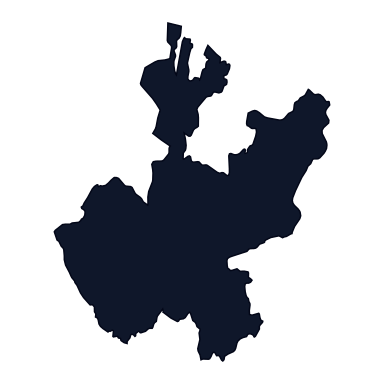 the State of Jalisco
{"feature_id": "MEX-2719", "entity_name": "Jalisco", "entity_type": "State", "adm_level": 1, "iso_a3": "MEX", "parent_name": "Mexico", "parent_adm1": "", "projection": "equal_earth", "projection_center": [-103.449, 20.863], "detail": "fine", "context": "isolated", "style": "filled", "palette": "ink", "viewbox_px": 384, "rotation_deg": 0, "n_neighbors": 0, "source": "natural_earth", "source_scale": "10m", "svg_char_len": 5962}
<svg xmlns="http://www.w3.org/2000/svg" viewBox="0 0 384 384"><path d="M127.1,343.5L124.2,342.7L121.8,341.1L121.0,340.5L120.5,338.4L118.5,338.0L118.0,337.4L117.8,336.5L117.1,336.2L113.4,336.9L112.9,336.4L113.4,331.6L113.3,330.6L112.3,330.2L110.1,331.3L109.0,331.0L108.0,332.0L102.9,328.5L100.5,326.4L99.0,324.0L98.2,319.9L97.5,318.1L95.5,317.0L95.8,314.6L95.7,313.6L94.5,311.8L94.4,306.9L92.5,304.7L90.1,304.9L83.6,297.6L80.5,292.9L77.0,285.3L75.0,282.6L74.6,281.0L71.9,277.7L71.1,276.2L69.4,272.3L65.6,265.1L64.3,259.8L64.3,255.9L63.8,250.0L63.4,248.5L61.2,246.1L58.9,241.3L57.1,240.1L54.3,231.8L55.3,230.3L62.5,224.6L65.4,224.2L70.1,224.2L72.1,223.0L78.8,222.3L80.6,220.7L81.5,219.1L82.9,218.5L84.4,216.1L84.9,214.5L85.1,211.5L83.8,209.7L81.8,208.5L81.3,207.1L82.9,205.9L84.2,203.0L87.6,197.7L92.3,189.0L94.4,186.5L96.8,184.9L97.7,184.8L98.4,186.6L98.8,186.7L100.3,185.7L102.3,186.1L105.6,185.4L108.5,183.0L111.2,180.1L114.0,177.7L114.6,177.5L116.6,177.6L118.6,178.4L124.4,185.2L125.6,186.1L130.7,186.6L132.1,187.5L135.0,193.1L136.0,194.3L140.3,197.4L141.6,198.8L143.3,201.9L147.7,205.1L148.0,203.3L147.9,197.0L148.7,191.5L152.5,181.7L152.8,179.9L153.0,173.0L152.7,169.6L151.8,164.3L153.3,161.7L156.0,161.2L161.2,161.1L162.7,160.8L164.0,159.8L168.7,153.9L169.1,152.4L169.1,148.6L169.5,147.0L170.3,146.1L161.4,140.0L152.8,133.4L155.4,128.9L156.2,126.5L157.8,118.0L160.2,110.0L156.5,104.0L152.5,98.3L142.2,86.5L140.9,84.8L140.5,83.4L145.1,67.7L154.9,62.0L158.1,60.7L164.8,60.0L168.8,59.0L169.9,58.4L171.6,47.8L171.5,46.3L170.8,45.1L167.8,42.0L167.3,40.4L167.9,23.0L181.3,26.3L180.7,32.7L180.2,36.0L179.1,38.1L177.1,39.9L176.5,40.9L176.7,46.4L176.3,47.7L174.1,49.8L174.1,51.2L175.5,55.0L175.5,56.4L174.0,60.6L173.8,62.4L173.9,65.7L174.6,70.7L175.8,74.4L176.4,75.1L182.4,41.7L183.9,38.2L184.6,37.6L185.6,38.8L190.0,39.1L190.4,40.1L190.0,42.1L190.0,43.1L192.3,44.1L192.5,44.8L192.4,47.4L190.9,48.7L189.7,52.7L187.5,62.6L187.5,63.6L188.8,69.9L188.8,71.6L187.9,76.4L187.8,78.9L189.1,80.6L190.2,81.0L191.9,80.6L192.8,80.1L194.4,77.9L195.0,77.6L198.2,78.1L198.9,78.4L199.6,80.0L200.3,79.1L202.1,71.9L203.0,69.6L205.7,68.1L206.0,64.0L206.7,62.0L208.8,60.2L209.0,59.2L208.7,58.6L206.6,57.8L206.2,56.2L204.4,54.8L204.3,54.2L205.9,49.8L207.9,45.4L216.2,54.1L220.2,57.4L220.5,58.3L220.0,62.6L223.7,61.2L224.8,61.2L225.7,61.8L226.3,64.7L228.8,64.0L229.5,64.4L229.9,65.6L229.4,68.8L227.2,74.0L226.4,74.9L224.0,75.6L223.8,76.6L223.9,78.6L224.6,79.0L225.6,79.1L226.8,80.0L227.0,82.2L226.5,84.4L223.9,86.0L222.1,91.1L221.3,92.1L218.9,92.9L215.1,92.0L213.4,92.2L211.5,95.4L210.8,96.0L207.6,96.5L206.1,97.2L197.8,107.1L196.8,109.5L198.1,114.2L198.4,117.7L198.3,126.2L196.9,127.4L195.0,128.4L193.5,129.9L191.2,135.2L190.1,136.2L188.6,136.1L184.1,132.9L185.4,139.0L186.1,145.3L185.8,148.5L185.4,150.1L183.3,153.0L183.1,158.0L183.3,159.1L184.0,159.2L188.0,156.3L189.4,155.9L190.5,156.8L191.3,160.8L192.2,161.8L193.5,162.2L197.7,161.7L199.0,161.9L201.8,164.9L202.9,165.2L206.1,164.9L207.3,165.3L217.2,172.3L219.7,173.3L221.9,172.6L223.5,172.8L227.0,175.6L228.6,175.3L229.4,172.7L229.4,168.6L228.8,155.8L229.5,153.8L230.9,153.5L234.0,154.7L236.0,154.8L238.1,154.3L240.0,153.2L243.5,149.4L244.7,149.1L245.5,150.1L244.9,152.5L245.1,153.4L246.5,153.2L247.4,152.3L247.7,149.3L249.6,146.5L250.0,146.0L252.3,145.1L253.0,144.1L255.7,136.2L256.5,132.1L256.1,129.0L255.1,128.4L252.6,128.5L251.5,128.3L248.5,126.0L247.2,125.6L246.6,123.8L246.7,121.5L248.2,113.1L252.4,111.1L254.7,110.5L256.7,111.0L259.5,112.8L264.4,116.9L267.4,117.9L279.4,120.1L281.2,120.0L283.0,119.4L284.6,118.2L288.6,113.5L292.9,111.4L293.8,109.5L294.3,104.8L294.9,102.8L296.5,101.6L298.3,100.8L300.3,97.9L303.8,96.1L305.3,94.9L308.3,89.4L309.3,90.0L313.6,94.2L315.3,94.7L318.3,94.2L320.2,94.8L322.9,97.1L325.9,101.5L327.1,101.7L328.4,101.5L329.1,101.8L329.7,105.0L327.0,108.4L325.8,110.5L325.4,112.6L325.9,114.7L328.9,120.2L328.6,123.0L323.6,127.6L322.0,130.4L322.2,133.6L326.3,141.8L326.7,143.4L326.9,145.1L326.5,148.5L325.3,151.1L323.9,153.3L319.8,157.8L318.0,158.8L313.4,158.9L312.5,159.7L310.7,163.7L307.9,166.2L306.1,170.6L301.8,177.4L295.5,190.6L292.7,197.8L292.3,200.6L292.9,203.2L294.4,205.4L298.1,209.0L299.6,211.1L300.1,212.2L300.7,215.8L299.8,218.7L294.6,226.4L292.2,232.2L292.0,233.6L290.8,233.9L286.5,236.4L284.2,236.9L282.6,237.7L279.0,235.8L270.8,237.5L265.7,240.0L264.8,240.9L264.5,242.2L263.8,242.7L259.5,244.2L257.2,247.0L255.7,248.1L253.9,248.5L250.4,248.6L248.9,249.1L247.0,251.3L231.7,256.3L229.4,257.2L227.5,258.6L226.9,260.7L227.2,265.6L227.7,268.2L229.4,269.4L230.2,270.5L232.0,270.4L237.0,268.8L240.0,271.3L244.3,271.2L248.0,271.9L248.5,273.0L248.4,276.9L248.7,277.6L250.4,278.6L252.0,280.2L250.6,282.2L248.7,283.1L246.7,283.1L245.2,283.8L244.7,286.5L245.2,291.8L246.1,295.6L247.0,297.4L248.3,298.6L248.8,301.4L249.9,303.6L250.0,305.0L249.3,310.6L249.5,314.5L252.0,315.2L258.7,313.3L259.3,314.0L259.9,317.5L260.8,320.1L262.8,321.2L262.5,322.4L259.9,325.3L259.3,326.6L259.4,329.0L255.4,336.3L254.4,337.0L254.0,336.8L253.4,335.4L252.2,334.5L250.7,333.9L249.2,333.8L247.8,334.3L246.5,336.6L243.1,337.5L240.3,338.8L237.9,341.1L236.9,343.2L235.7,348.2L234.8,350.2L233.4,351.6L228.1,354.0L224.6,356.3L224.0,359.7L222.8,361.0L221.6,360.1L219.7,356.5L218.7,355.5L216.6,355.7L214.9,352.7L214.0,352.1L213.0,352.6L212.0,354.1L211.0,356.6L209.6,358.8L208.6,359.2L202.8,359.0L201.0,359.8L200.1,355.1L198.1,350.9L197.8,348.6L199.9,339.5L199.1,333.0L200.0,330.3L200.1,329.2L197.0,326.6L196.1,323.8L195.2,322.3L192.8,320.5L190.6,313.5L189.7,312.2L188.0,313.4L185.2,317.6L183.3,318.8L179.6,319.3L178.5,321.1L177.4,321.5L171.0,318.1L163.0,312.1L163.3,311.7L162.7,309.0L157.4,316.1L156.9,317.6L156.3,321.4L154.6,322.7L153.8,323.9L152.8,327.3L152.2,328.3L149.5,328.3L148.3,328.8L145.5,331.3L140.9,332.8L140.2,332.7L139.1,331.4L138.5,331.2L135.7,333.6L135.7,335.4L135.5,336.0L134.9,336.4L133.3,334.6L131.5,334.3L130.8,334.7L129.9,337.9L127.1,341.5L127.1,343.5Z" fill="#0f172a" stroke="#020617" stroke-width="1.5"/></svg>